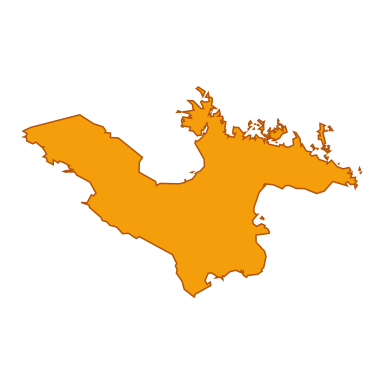 Camarines Sur, Camarines Sur, Philippines (Mercator projection)
{"feature_id": "2640588B57655195310467", "entity_name": "Camarines Sur", "entity_type": "district", "adm_level": 2, "iso_a3": "PHL", "parent_name": "Philippines", "parent_adm1": "Camarines Sur", "projection": "mercator", "projection_center": [123.465, 13.694], "detail": "fine", "context": "isolated", "style": "filled", "palette": "amber", "viewbox_px": 384, "rotation_deg": 0, "n_neighbors": 0, "source": "geoboundaries", "source_scale": "gbopen_adm2", "svg_char_len": 6087}
<svg xmlns="http://www.w3.org/2000/svg" viewBox="0 0 384 384"><path d="M183.0,116.9L182.0,119.1L182.3,119.0L183.0,119.3L182.9,119.1L184.0,120.0L183.9,121.4L184.9,121.1L184.2,121.6L181.6,120.8L182.7,125.9L190.5,127.2L189.3,130.5L193.3,131.2L197.1,135.8L201.4,135.0L201.5,130.0L203.6,130.2L204.5,126.1L204.8,128.5L206.5,123.3L207.6,122.4L206.6,124.3L208.3,127.5L206.2,133.1L204.5,134.3L204.2,133.1L203.8,132.9L202.6,137.0L197.5,141.4L195.6,140.7L195.0,143.2L204.1,159.2L204.4,166.4L200.4,170.9L195.2,173.4L196.0,174.5L192.3,179.0L187.1,181.2L185.1,180.8L184.9,180.3L185.4,182.3L179.4,183.8L160.2,183.4L156.4,185.5L155.6,181.5L139.0,172.2L139.3,162.2L142.5,157.4L118.2,137.9L110.4,137.5L110.6,133.1L105.0,132.6L105.8,130.6L102.9,126.8L93.7,123.8L79.7,114.8L30.8,127.4L23.4,130.8L23.0,131.3L26.9,133.3L26.3,135.8L23.8,136.9L26.3,137.3L26.8,141.1L32.9,143.8L35.9,142.2L41.8,147.1L44.4,146.5L42.8,147.9L46.6,154.1L43.2,156.8L46.5,157.9L47.0,161.4L53.2,164.7L53.3,159.7L58.1,163.0L59.2,161.2L63.2,162.3L69.6,165.8L68.2,166.3L69.5,168.6L74.1,169.9L68.5,170.7L67.9,171.9L74.7,171.9L76.7,175.1L89.9,182.1L96.0,193.1L93.4,195.8L91.3,194.9L87.1,202.8L81.1,202.5L89.0,205.1L89.5,207.5L101.2,217.6L102.1,220.4L106.9,221.9L109.9,225.3L116.6,227.0L122.6,233.7L128.5,233.3L136.2,238.5L139.5,236.7L172.4,254.6L176.8,263.7L175.4,265.6L177.1,269.9L176.4,273.1L182.2,281.5L184.2,289.3L194.2,297.0L195.1,294.3L210.9,285.4L210.2,282.1L207.0,284.3L205.0,280.4L208.3,273.1L211.7,273.0L217.2,276.5L215.7,277.9L220.3,277.1L222.9,279.7L222.5,276.0L224.3,276.5L229.7,271.8L235.6,270.2L240.6,272.4L241.3,270.6L242.1,272.8L243.2,271.4L243.1,274.9L246.5,277.4L247.6,275.5L257.6,274.3L262.2,271.2L261.4,269.7L263.7,267.5L266.0,256.4L264.5,251.2L256.1,242.2L256.0,235.1L269.2,233.3L269.4,232.1L267.5,228.6L264.6,227.6L265.1,225.6L261.4,223.8L256.6,226.4L253.3,223.8L252.5,220.4L257.7,214.3L255.8,214.5L253.9,211.9L253.9,207.8L259.1,192.5L266.1,184.5L263.8,185.2L264.8,183.8L273.5,184.8L282.4,188.8L285.5,185.6L289.8,185.6L296.2,188.4L304.4,188.6L316.6,193.5L324.3,191.1L332.8,181.5L347.2,185.8L345.5,183.4L347.8,181.7L350.3,184.5L354.4,184.2L355.3,188.4L357.3,185.2L355.1,183.3L356.9,181.1L354.9,180.0L355.5,177.3L350.6,177.7L352.0,174.3L347.9,173.1L350.8,170.2L348.9,167.5L343.1,168.9L337.2,166.7L331.5,160.2L327.1,164.0L327.2,162.0L319.0,159.5L316.3,155.0L311.9,155.9L309.9,154.3L311.4,151.9L306.3,151.0L302.3,144.1L301.1,146.1L300.0,138.9L295.9,132.6L293.8,131.9L296.6,137.4L292.9,139.2L293.6,145.0L287.8,147.5L284.1,145.9L283.7,143.7L283.0,144.7L283.2,145.3L279.8,144.6L279.1,146.5L268.7,144.2L268.3,142.1L267.1,142.7L266.9,142.4L267.2,139.5L264.8,138.9L264.3,142.2L262.6,138.1L259.1,137.7L256.1,134.6L254.5,137.3L256.1,138.2L255.4,140.0L252.6,137.8L249.9,139.3L250.7,135.5L249.4,135.0L243.3,139.0L244.3,137.0L242.6,136.1L245.7,132.3L242.9,132.8L238.6,127.5L233.8,127.4L233.8,126.1L232.7,132.7L233.3,134.1L235.6,133.2L234.0,137.4L229.4,136.1L228.1,137.4L228.4,135.0L225.5,134.5L225.4,132.0L223.8,131.9L225.9,130.1L224.8,128.8L225.8,121.9L222.7,120.7L222.9,123.4L221.6,123.6L220.6,120.7L223.3,118.8L222.4,116.2L217.9,116.2L220.3,114.3L219.3,109.9L216.7,113.2L213.5,113.9L213.5,116.2L210.6,116.6L210.9,113.4L208.6,115.0L210.8,108.8L211.9,110.4L212.5,108.1L216.0,108.4L211.5,105.1L212.5,99.8L211.6,97.5L209.0,97.1L208.3,92.8L205.5,97.0L208.7,97.8L209.3,101.5L204.5,102.2L201.9,100.7L200.7,101.9L203.6,108.6L201.0,108.6L193.2,100.8L188.0,100.6L192.4,104.6L193.3,109.9L194.7,110.1L182.3,112.0L189.0,113.6L191.1,115.6L188.8,116.3L189.1,117.9L190.2,117.5L191.5,117.8L191.6,118.4L183.0,116.9ZM279.3,123.4L277.7,123.3L278.2,125.5L280.9,124.6L283.0,131.0L277.0,126.7L277.8,129.8L274.6,128.2L274.2,131.0L275.8,131.9L273.9,132.9L273.1,130.2L271.2,131.3L269.6,131.0L270.5,127.4L267.8,131.3L270.6,133.2L268.0,134.1L270.7,136.1L269.2,138.9L271.8,138.1L274.5,139.1L272.7,140.5L274.8,140.6L279.7,138.0L282.1,134.1L287.1,132.0L285.2,126.2L283.5,127.8L282.6,125.3L279.3,123.4ZM320.0,123.4L320.2,129.8L317.5,131.6L319.7,132.8L320.3,135.7L318.4,135.1L318.5,139.3L321.3,139.6L323.2,144.9L325.5,143.2L323.1,133.5L323.4,131.0L324.7,131.4L323.6,126.5L325.1,125.5L320.0,123.4ZM198.3,87.0L196.3,88.6L200.6,91.8L202.8,96.7L205.1,91.5L198.3,87.0ZM263.7,125.4L258.6,129.0L261.7,129.8L261.2,132.7L263.0,134.8L261.9,131.6L263.8,129.5L263.7,125.4ZM259.0,119.6L257.9,120.7L263.1,125.6L264.3,121.5L262.7,122.3L259.0,119.6ZM329.6,146.7L325.3,150.7L327.4,152.8L329.6,146.7ZM312.7,144.5L310.9,146.0L313.3,147.7L313.4,150.1L314.9,148.7L312.7,144.5ZM329.6,126.1L328.3,127.1L330.1,128.4L329.2,130.5L332.7,130.5L329.6,126.1ZM264.7,134.4L263.8,135.6L268.0,138.4L268.8,136.6L264.7,134.4ZM250.4,120.9L248.6,123.4L248.7,125.0L251.7,122.9L250.4,120.9ZM262.0,216.6L260.5,218.4L263.6,219.5L263.9,218.7L262.0,216.6ZM328.2,157.2L325.0,157.3L327.4,159.8L328.2,157.2ZM68.1,170.5L65.9,170.6L63.6,171.5L66.3,172.3L68.1,170.5ZM178.1,110.7L176.9,112.3L180.9,112.2L181.0,111.8L178.1,110.7ZM323.1,146.8L321.4,148.7L323.6,149.7L324.2,148.3L323.1,146.8ZM330.4,151.0L328.3,150.7L328.8,152.2L330.4,151.0ZM359.6,167.9L358.9,170.1L360.0,170.6L360.4,169.7L359.6,167.9ZM278.0,119.4L277.6,121.0L278.3,122.0L278.9,120.7L278.0,119.4ZM325.5,145.7L324.1,145.8L324.4,147.8L325.5,145.7ZM259.0,125.1L256.6,124.4L258.9,125.8L259.0,125.1ZM325.4,149.0L324.4,149.6L325.0,150.3L325.4,149.0ZM250.8,126.8L249.5,126.4L249.7,127.2L250.8,126.8ZM351.9,172.1L350.4,172.8L351.8,172.8L351.9,172.1ZM180.7,125.3L182.0,126.9L183.0,127.0L183.1,126.3L180.7,125.3ZM325.8,155.2L324.5,155.6L325.1,156.3L325.8,155.2ZM327.0,131.1L326.9,130.3L326.1,130.9L327.0,131.1ZM255.9,124.5L254.9,123.8L254.7,124.1L255.9,124.5ZM192.1,172.8L193.0,171.9L191.2,172.4L192.1,172.8ZM249.2,128.4L248.3,128.4L248.3,129.6L249.2,128.4ZM185.5,180.6L185.1,179.1L185.1,179.8L185.5,180.6ZM254.2,129.1L254.1,128.3L253.4,129.1L254.2,129.1ZM328.9,145.7L328.4,145.5L327.2,146.5L328.9,145.7ZM338.8,163.6L337.8,164.2L338.8,163.9L338.8,163.6ZM276.5,142.2L275.6,142.6L276.7,142.5L276.5,142.2ZM361.0,172.5L360.3,172.9L360.7,173.3L361.0,172.5ZM318.0,148.6L316.8,148.4L317.6,149.3L318.0,148.6Z" fill="#f59e0b" stroke="#b45309" stroke-width="1.5"/></svg>